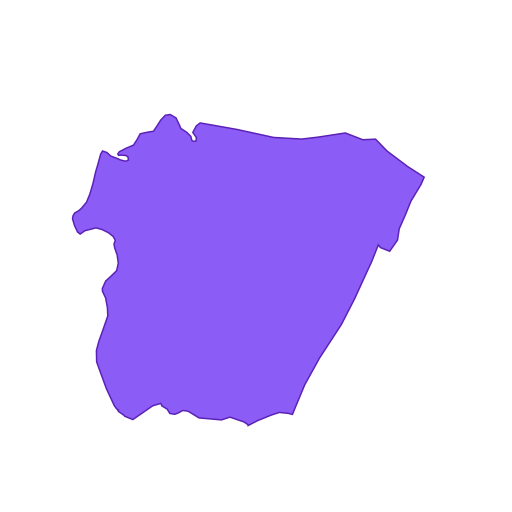 B'hai, Grand Gedeh, Liberia (Albers equal-area conic projection), rotated 252°
{"feature_id": "62588387B62156042060365", "entity_name": "B'hai", "entity_type": "district", "adm_level": 2, "iso_a3": "LBR", "parent_name": "Liberia", "parent_adm1": "Grand Gedeh", "projection": "albers", "projection_center": [-8.508, 6.351], "detail": "fine", "context": "isolated", "style": "filled", "palette": "violet", "viewbox_px": 512, "rotation_deg": 252, "n_neighbors": 0, "source": "geoboundaries", "source_scale": "gbopen_adm2", "svg_char_len": 1901}
<svg xmlns="http://www.w3.org/2000/svg" viewBox="0 0 512 512"><g transform="rotate(252 256 256)"><path d="M151.8,76.9L150.5,77.3L145.3,81.2L144.1,81.7L138.5,88.3L140.0,93.3L145.4,111.3L145.4,114.0L145.2,120.0L143.1,120.1L142.6,120.1L138.5,123.6L137.9,124.2L132.9,125.4L130.6,129.7L130.6,130.8L130.8,133.9L131.7,138.6L129.9,142.5L129.0,143.8L119.6,151.8L110.8,172.5L110.8,177.8L110.8,181.4L101.9,193.3L99.0,195.5L98.0,196.3L97.2,196.1L98.9,206.5L100.0,221.5L100.0,229.9L96.3,238.2L94.1,241.7L95.4,242.8L118.5,262.6L139.4,285.0L159.6,310.0L164.7,316.3L170.7,322.3L183.0,334.7L185.0,336.7L210.1,359.8L214.1,363.6L228.7,375.7L225.5,377.0L219.2,384.6L227.4,395.5L237.6,400.6L249.0,410.8L260.4,420.4L273.1,435.1L279.0,440.3L294.3,427.8L295.3,427.1L315.3,413.1L330.2,405.8L333.6,393.4L335.2,391.5L339.2,386.6L345.4,379.0L349.9,351.6L353.1,335.6L363.3,309.4L382.3,276.9L399.7,244.2L399.7,243.7L398.2,239.5L393.1,234.1L387.0,235.9L383.8,234.4L384.4,232.1L385.6,230.7L389.9,231.0L395.1,228.3L400.6,223.9L403.6,223.7L412.0,222.6L417.1,218.1L417.9,213.3L414.7,207.4L409.7,201.3L406.3,197.0L407.0,193.2L407.6,188.3L408.0,183.6L403.4,178.8L399.3,173.7L398.7,166.3L397.4,158.2L395.8,156.1L394.2,156.4L393.5,159.3L391.7,163.4L389.6,164.9L387.8,164.5L386.7,164.3L386.4,161.5L387.5,159.5L389.2,156.8L391.7,154.1L396.0,148.7L400.5,146.2L403.3,142.5L401.0,139.8L391.1,133.3L385.9,129.7L375.1,123.2L366.2,117.1L359.6,111.5L355.2,104.5L353.8,101.1L352.9,96.8L350.9,94.5L348.1,93.0L341.1,92.8L334.0,93.7L331.2,95.5L332.9,101.1L332.2,112.5L328.8,117.7L323.8,122.8L318.7,126.2L314.4,127.0L311.4,124.7L307.5,124.1L301.8,124.2L300.0,124.3L291.7,122.8L285.1,118.9L281.7,112.0L278.7,105.4L272.6,99.8L269.8,99.1L262.7,100.0L252.7,98.7L244.8,96.5L232.5,87.2L223.6,80.3L221.0,78.6L215.4,75.0L204.5,71.7L176.0,72.7L157.3,75.0L156.1,75.4L153.5,76.3L152.1,77.5L151.8,76.9Z" fill="#8b5cf6" stroke="#5b21b6" stroke-width="1.5"/></g></svg>